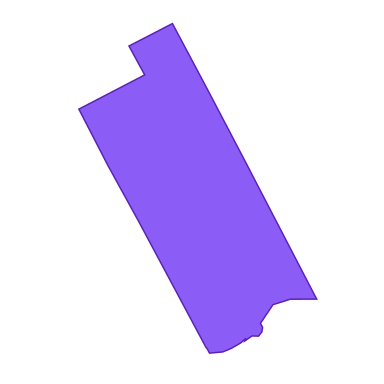 the district of Gasconade, Missouri, United States of America, rotated 152°
{"feature_id": "52423323B71639417282094", "entity_name": "Gasconade", "entity_type": "district", "adm_level": 2, "iso_a3": "USA", "parent_name": "United States of America", "parent_adm1": "Missouri", "projection": "mercator", "projection_center": [-91.491, 38.433], "detail": "fine", "context": "isolated", "style": "filled", "palette": "violet", "viewbox_px": 384, "rotation_deg": 152, "n_neighbors": 0, "source": "geoboundaries", "source_scale": "gbopen_adm2", "svg_char_len": 479}
<svg xmlns="http://www.w3.org/2000/svg" viewBox="0 0 384 384"><g transform="rotate(152 192 192)"><path d="M253.0,318.3L253.8,254.9L252.9,191.4L252.6,47.8L252.2,47.0L252.2,41.5L239.8,36.3L230.3,35.5L219.6,35.9L213.1,37.5L215.2,35.7L206.6,36.7L200.9,33.5L195.9,35.7L193.2,39.4L193.2,43.9L173.4,54.5L155.5,51.2L132.2,38.9L130.9,174.0L130.7,189.6L130.2,273.9L130.2,349.9L136.5,350.0L179.1,350.5L178.8,317.6L253.0,318.3Z" fill="#8b5cf6" stroke="#5b21b6" stroke-width="1.5"/></g></svg>